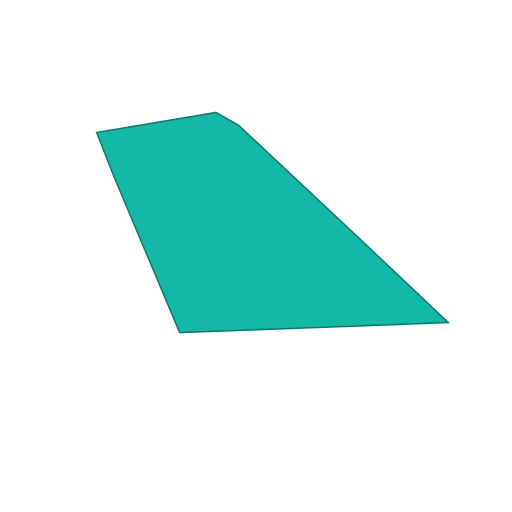 the district of Jeff Davis, Texas, United States of America, rotated 210°
{"feature_id": "52423323B47004263581076", "entity_name": "Jeff Davis", "entity_type": "district", "adm_level": 2, "iso_a3": "USA", "parent_name": "United States of America", "parent_adm1": "Texas", "projection": "albers", "projection_center": [-104.238, 30.759], "detail": "fine", "context": "isolated", "style": "filled", "palette": "teal", "viewbox_px": 512, "rotation_deg": 210, "n_neighbors": 0, "source": "geoboundaries", "source_scale": "gbopen_adm2", "svg_char_len": 276}
<svg xmlns="http://www.w3.org/2000/svg" viewBox="0 0 512 512"><g transform="rotate(210 256 256)"><path d="M72.5,284.2L56.2,294.5L180.6,324.1L336.4,360.5L362.5,360.3L455.8,283.3L418.0,253.2L283.8,151.5L72.5,284.2Z" fill="#14b8a6" stroke="#0f766e" stroke-width="1.5"/></g></svg>